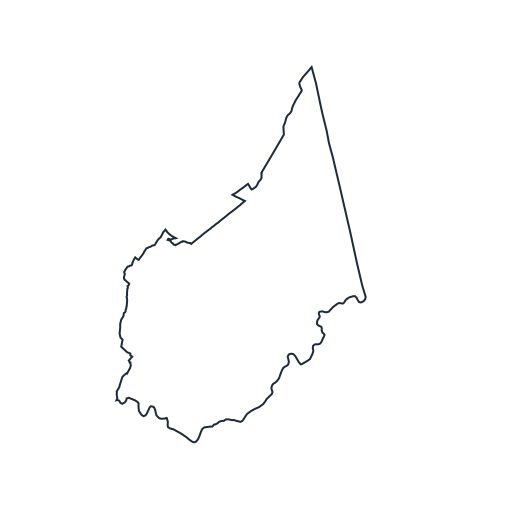 outline of Unión Juárez, Chiapas, Mexico, rotated 21°
{"feature_id": "50627088B53663671154326", "entity_name": "Unión Juárez", "entity_type": "district", "adm_level": 2, "iso_a3": "MEX", "parent_name": "Mexico", "parent_adm1": "Chiapas", "projection": "natural_earth1", "projection_center": [-92.114, 15.071], "detail": "fine", "context": "isolated", "style": "outline", "palette": "slate", "viewbox_px": 512, "rotation_deg": 21, "n_neighbors": 0, "source": "geoboundaries", "source_scale": "gbopen_adm2", "svg_char_len": 6001}
<svg xmlns="http://www.w3.org/2000/svg" viewBox="0 0 512 512"><g transform="rotate(21 256 256)"><path d="M177.4,440.6L177.8,440.3L179.7,440.0L180.7,440.5L182.0,441.7L184.1,441.9L184.9,441.0L186.0,439.5L186.6,437.5L186.3,435.3L188.0,434.0L191.5,434.0L194.8,434.1L197.9,434.8L199.2,435.7L200.0,438.1L202.3,442.7L205.8,445.2L208.3,445.9L209.9,444.5L210.5,442.6L211.0,435.5L211.6,434.0L213.3,433.6L215.0,433.8L216.7,435.4L218.4,438.0L220.2,440.5L223.7,442.1L225.9,441.9L227.1,441.4L229.1,440.4L230.1,439.5L230.8,439.3L233.1,442.3L234.1,445.5L235.1,447.2L237.4,447.8L240.9,447.4L244.5,447.9L247.7,448.3L251.5,449.0L256.0,450.1L260.0,451.5L263.6,452.3L265.1,452.1L266.2,451.2L267.0,449.6L267.6,447.5L267.7,444.4L267.6,439.3L267.9,436.5L269.2,434.5L272.0,433.0L274.6,431.6L276.3,430.9L276.7,430.0L277.2,428.4L278.6,427.6L280.1,425.8L280.9,424.1L283.1,422.3L285.1,421.4L286.5,419.3L289.0,418.3L292.8,417.8L293.7,417.1L297.1,416.9L301.0,416.4L302.4,414.8L303.0,412.4L303.5,409.6L304.3,406.6L306.7,402.8L309.6,399.3L313.0,396.0L315.8,391.6L316.7,388.4L317.2,385.8L319.4,380.9L320.2,379.3L320.2,377.2L319.4,376.1L318.2,374.7L317.6,373.3L317.4,371.2L317.9,369.1L319.3,367.4L320.4,365.1L321.3,362.1L321.2,357.7L321.2,353.5L321.5,350.9L322.7,348.9L323.8,347.7L324.7,346.5L324.9,345.1L324.6,343.0L322.8,340.2L321.7,338.7L321.7,337.2L322.2,335.8L324.0,334.5L326.0,334.2L328.5,335.3L333.9,339.7L336.5,341.1L337.4,340.7L341.7,335.3L343.3,332.9L343.8,327.1L343.6,324.3L342.9,322.9L342.1,321.9L341.5,319.6L342.0,318.2L343.4,316.9L345.4,316.4L347.1,315.0L347.8,313.3L348.2,307.1L348.3,305.4L348.0,304.8L346.8,304.1L345.6,303.8L344.0,302.0L343.1,299.5L342.2,298.7L339.1,298.5L337.5,297.8L337.0,296.8L336.5,295.0L336.5,293.7L336.8,292.5L337.3,290.7L337.1,289.4L336.6,288.9L335.3,287.4L335.0,286.1L335.2,285.6L335.7,285.0L337.8,283.9L339.7,283.8L342.0,283.3L343.9,281.9L344.9,279.2L346.4,275.7L349.2,271.3L350.0,270.4L351.6,269.8L354.1,269.3L354.7,268.5L355.1,267.3L355.5,264.9L356.1,263.8L357.5,261.6L361.0,258.8L362.8,258.0L364.9,259.0L366.6,260.5L368.7,262.1L370.6,261.8L372.0,260.4L372.9,259.1L373.4,257.3L373.0,254.8L365.9,245.7L352.5,226.0L335.6,200.2L323.1,181.7L312.2,165.5L304.8,154.6L302.2,150.8L292.7,136.8L283.7,124.5L277.1,113.8L267.4,99.9L261.9,91.6L258.9,86.9L250.4,73.7L240.2,59.7L238.4,65.0L237.0,68.7L235.6,72.5L235.0,75.4L234.7,76.8L234.4,78.1L234.6,79.3L235.4,80.5L236.0,81.5L236.9,82.5L237.6,83.1L238.3,83.8L239.2,84.6L239.4,85.6L237.2,96.8L236.7,102.2L236.8,105.0L237.0,106.7L237.1,108.0L236.9,109.5L236.2,111.4L235.3,112.9L235.0,114.3L234.8,115.9L235.3,121.2L235.2,125.3L235.6,126.2L238.5,132.7L235.3,152.4L233.6,162.5L231.2,176.5L231.8,177.0L231.8,177.9L232.3,178.7L232.4,179.5L232.8,180.1L233.1,180.8L233.0,182.0L232.9,183.1L232.6,184.0L232.2,185.1L231.8,186.0L231.8,186.9L231.7,187.7L231.7,188.9L231.4,190.2L231.2,191.3L229.8,193.4L228.9,194.7L228.1,195.5L226.6,194.6L222.7,191.5L221.5,193.4L221.2,194.0L220.6,194.9L219.8,196.3L217.7,199.4L216.2,201.8L215.6,202.9L214.0,205.1L213.6,205.6L213.2,206.0L212.5,206.7L212.1,207.3L216.5,207.9L218.5,207.9L219.0,207.9L219.9,208.0L222.4,208.3L225.9,208.6L223.5,212.8L222.9,214.3L222.1,215.5L221.4,216.7L220.8,217.8L218.2,222.1L217.6,223.1L215.7,226.0L213.8,229.5L210.7,234.7L209.6,236.6L208.4,238.9L207.9,239.5L207.5,240.0L207.1,240.8L206.6,241.7L206.0,242.7L205.7,243.3L204.7,244.7L204.4,245.1L203.7,246.7L202.4,248.7L201.4,250.3L201.2,250.7L201.1,250.8L200.8,251.3L200.7,251.5L200.3,252.0L200.1,252.3L199.9,252.6L199.5,253.4L198.0,256.0L197.0,258.0L196.5,258.7L194.9,261.4L194.3,262.5L193.5,263.8L192.7,265.2L191.9,266.6L191.2,268.0L189.9,267.5L189.6,267.6L189.4,267.7L187.3,268.1L187.0,268.1L186.4,268.1L186.0,268.0L184.4,267.9L182.8,268.3L182.4,268.8L182.2,268.6L181.0,269.8L180.6,270.4L179.7,271.6L178.6,272.8L177.7,273.9L176.9,274.8L176.4,274.5L175.1,274.9L174.0,274.1L172.6,273.9L170.9,272.7L170.4,272.6L168.3,272.5L167.7,272.6L167.9,271.5L168.0,271.3L170.2,271.2L170.6,271.0L170.8,271.0L171.4,270.4L171.7,270.1L172.9,269.1L173.3,268.6L173.7,268.5L174.1,268.2L174.4,268.4L174.8,268.1L174.0,268.0L173.7,268.0L170.7,267.6L170.1,267.5L167.7,266.8L166.6,266.4L165.0,265.7L162.0,263.8L161.4,265.6L161.3,265.8L160.8,267.4L160.7,268.9L160.5,270.8L160.3,272.2L160.2,272.9L159.1,274.7L158.4,277.1L158.1,278.7L157.9,279.4L157.8,280.7L157.6,281.8L156.9,282.6L155.5,283.3L154.8,284.4L153.9,285.4L153.0,286.1L152.3,286.9L152.0,287.2L151.5,287.6L150.8,288.5L150.6,289.8L150.3,291.1L150.2,291.5L150.0,293.3L149.9,293.9L149.8,294.4L149.6,295.4L148.6,298.7L148.4,299.4L147.9,301.6L147.3,301.6L146.7,301.6L146.2,301.4L145.8,301.3L145.4,301.2L144.8,301.0L144.7,301.0L144.5,300.9L144.4,300.9L143.7,300.6L143.6,301.2L143.3,303.0L143.2,303.8L143.1,306.7L143.1,307.1L143.3,307.3L143.4,307.6L143.4,308.1L143.3,308.6L143.3,309.0L142.9,309.6L141.8,310.2L141.6,310.5L141.0,311.3L140.3,311.6L140.0,312.0L139.9,312.1L139.6,312.9L139.5,313.8L139.3,314.5L139.1,315.1L138.9,316.0L139.0,316.3L138.9,316.9L138.7,317.6L138.6,318.1L139.1,318.9L139.8,319.5L140.1,320.4L140.1,320.9L140.2,322.0L140.3,322.9L140.6,323.8L140.7,324.2L141.3,324.6L141.5,324.8L141.7,325.2L143.3,325.7L143.8,325.9L144.2,326.1L144.8,326.3L145.6,326.5L146.3,326.8L147.6,327.3L147.6,327.6L147.5,328.2L147.6,328.6L147.6,329.0L147.4,329.4L147.3,329.7L147.2,330.0L146.9,330.2L147.0,330.4L147.7,331.4L147.7,331.5L147.8,332.0L147.8,332.3L147.6,332.5L149.1,337.6L149.5,338.3L149.7,338.8L149.8,340.5L150.8,341.9L151.7,343.8L152.9,348.0L153.3,349.3L153.2,349.9L153.7,351.3L153.6,353.0L154.1,354.5L154.0,355.3L153.1,356.6L153.3,357.9L153.8,359.3L153.7,360.1L153.0,364.0L153.6,368.2L154.4,370.3L154.6,370.6L156.5,377.4L158.7,380.7L161.4,381.9L162.7,389.0L170.2,392.0L173.7,392.1L174.3,393.8L176.5,394.3L174.7,399.2L175.9,400.1L176.2,400.7L176.9,400.6L176.9,400.8L177.1,401.3L177.5,401.7L178.0,402.4L178.3,403.0L178.6,405.6L177.7,411.9L177.3,411.7L175.9,413.8L174.7,416.6L174.6,417.2L175.1,425.6L175.4,427.4L174.5,432.4L175.0,433.2L175.6,435.3L177.5,438.5L177.4,440.6Z" fill="none" stroke="#1e293b" stroke-width="2"/></g></svg>